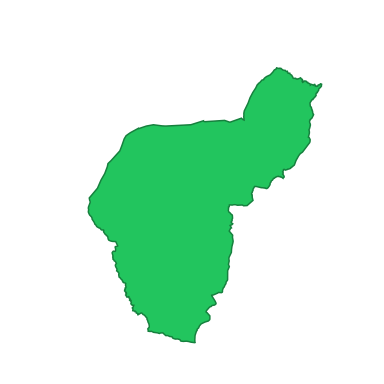 outline of Jaman North, Brong Ahafo, Ghana, rotated 19°
{"feature_id": "2480657B44306962794399", "entity_name": "Jaman North", "entity_type": "district", "adm_level": 2, "iso_a3": "GHA", "parent_name": "Ghana", "parent_adm1": "Brong Ahafo", "projection": "albers", "projection_center": [-2.617, 7.913], "detail": "fine", "context": "isolated", "style": "filled", "palette": "green", "viewbox_px": 384, "rotation_deg": 19, "n_neighbors": 0, "source": "geoboundaries", "source_scale": "gbopen_adm2", "svg_char_len": 6019}
<svg xmlns="http://www.w3.org/2000/svg" viewBox="0 0 384 384"><g transform="rotate(19 192 192)"><path d="M243.9,333.3L243.5,332.7L242.8,330.9L241.6,326.7L241.5,322.2L241.9,321.3L241.6,320.6L241.7,319.7L242.5,318.4L242.6,316.3L243.6,313.7L246.4,310.9L249.5,308.6L250.3,306.9L250.2,306.2L249.2,303.3L245.5,301.2L244.8,301.1L244.5,300.9L244.2,300.3L244.4,299.3L246.1,295.0L247.3,294.1L248.0,292.7L250.2,291.5L251.1,289.9L250.8,289.2L249.5,287.8L244.4,283.6L244.2,283.2L245.7,282.4L249.2,279.2L249.7,278.4L252.6,277.6L253.2,277.0L253.3,276.5L252.8,274.9L252.8,272.7L253.4,271.2L253.4,269.6L253.9,267.7L253.6,266.1L253.7,265.2L254.2,264.3L254.2,263.3L251.3,254.7L251.6,250.5L250.0,248.5L249.6,245.1L248.6,243.2L248.3,241.7L248.9,236.3L248.1,233.5L247.5,230.6L247.2,226.7L246.9,225.1L245.0,221.6L244.5,219.6L239.9,216.8L240.3,213.8L241.0,213.1L238.9,211.2L240.3,210.1L240.9,208.8L239.3,208.2L238.9,207.8L238.9,206.9L239.3,206.2L238.8,204.9L238.9,203.6L237.8,201.0L237.3,200.5L236.0,200.1L234.5,199.2L233.5,199.0L232.4,197.8L232.0,196.0L231.8,195.7L231.8,194.9L231.4,194.4L231.8,193.9L231.9,193.5L231.8,192.6L231.6,192.1L232.5,191.7L234.2,191.3L235.5,190.5L237.0,189.9L239.3,189.7L243.8,187.9L245.3,188.2L248.5,186.9L252.4,180.1L250.8,177.6L249.8,175.1L249.3,175.1L248.8,173.9L249.1,172.6L248.9,171.6L249.2,170.9L248.8,169.6L249.4,166.4L251.3,165.8L256.0,165.4L258.1,164.8L259.0,164.8L259.6,164.4L260.8,164.6L261.6,164.4L262.4,163.4L263.0,161.6L263.4,159.7L263.0,158.2L263.4,157.1L263.4,155.6L264.2,154.6L264.7,152.5L265.3,152.3L265.5,151.7L266.5,150.7L266.7,150.1L267.2,149.9L268.5,149.0L269.4,149.2L270.3,148.7L271.1,149.0L271.3,148.8L272.1,148.9L273.6,149.4L273.6,149.0L274.2,148.1L274.2,147.6L273.7,146.9L272.7,146.0L271.9,145.6L272.1,144.6L271.8,143.9L271.2,143.5L271.4,143.2L271.2,142.9L271.5,141.7L271.2,141.0L271.7,140.6L273.4,140.8L274.1,140.1L274.6,139.9L275.2,139.1L275.7,139.0L277.0,138.0L277.6,137.3L277.5,136.8L278.4,135.9L278.6,135.4L280.0,133.2L280.1,128.3L281.1,122.8L281.9,120.5L283.5,118.3L287.2,106.9L287.1,105.6L286.6,103.9L284.9,102.3L284.2,102.3L283.8,98.0L283.1,96.2L282.3,95.1L282.5,94.3L282.3,91.5L282.1,91.0L282.2,90.3L281.7,89.2L280.8,88.3L280.1,86.8L280.1,85.9L280.3,85.5L280.1,85.0L280.5,84.6L281.3,83.2L281.8,79.3L281.4,78.8L281.0,78.8L279.9,77.0L279.7,76.3L278.8,75.6L278.8,75.2L278.3,74.8L277.2,73.0L276.1,72.5L275.8,72.1L274.7,69.8L274.6,69.0L275.4,65.8L276.2,65.2L276.1,64.4L276.5,64.2L277.0,62.5L277.7,61.6L277.6,61.0L277.9,60.3L277.3,59.1L277.3,58.5L277.4,58.0L278.2,57.2L277.9,56.6L278.6,55.0L278.4,52.8L279.5,51.3L279.6,50.3L279.9,49.8L279.5,48.4L279.5,47.9L279.1,47.8L278.2,47.9L277.7,49.1L276.5,49.7L276.3,51.1L275.7,51.2L275.1,51.7L274.5,51.3L274.2,51.6L274.1,51.3L273.0,50.3L272.4,50.7L272.3,51.5L270.0,51.3L269.7,51.4L269.1,52.4L268.6,51.4L266.8,51.1L266.4,51.3L266.0,51.0L265.5,50.9L265.5,50.6L264.3,50.6L263.9,50.1L263.5,50.1L262.5,50.3L261.8,50.6L261.5,51.0L261.7,51.4L260.9,52.3L260.0,51.3L260.0,50.9L260.2,50.6L259.9,49.9L259.4,49.5L258.8,49.6L257.5,48.7L255.7,50.4L255.3,50.5L254.9,51.0L254.2,51.0L253.7,51.2L253.0,50.7L252.1,51.0L251.4,51.5L251.0,51.4L250.3,51.3L249.9,50.5L249.3,50.2L248.4,49.2L247.0,48.8L245.8,48.2L245.7,47.9L244.2,48.4L242.8,46.8L242.0,47.4L240.3,46.6L239.6,47.0L237.9,47.0L235.7,46.1L235.2,46.6L234.6,46.4L234.0,46.9L231.6,47.1L231.7,47.7L231.3,48.3L231.3,48.6L230.1,49.8L229.4,52.3L227.8,55.8L225.0,58.5L224.1,59.7L223.2,61.3L223.2,62.5L221.7,63.4L220.3,66.8L219.5,67.6L219.3,68.6L218.8,69.4L218.4,72.9L217.1,78.1L216.2,83.9L216.1,89.7L215.0,98.6L215.3,99.3L215.3,100.4L216.2,102.9L216.3,103.7L217.8,107.0L216.4,106.9L214.7,106.1L205.1,113.7L199.5,113.7L181.4,121.3L179.3,121.4L179.3,121.2L169.0,128.8L145.7,138.2L142.3,139.2L133.6,141.0L127.4,144.5L121.0,149.4L120.7,149.1L114.4,156.0L111.4,160.1L110.6,163.8L110.6,170.6L110.4,176.6L105.2,188.8L103.3,192.4L103.7,195.8L103.5,203.0L102.1,210.3L101.4,219.2L96.8,231.1L97.9,233.1L98.7,234.0L99.1,235.0L99.0,240.1L99.4,241.4L100.0,242.3L100.4,244.4L100.8,245.1L102.6,247.0L105.1,248.3L106.0,249.2L106.3,250.1L109.5,252.6L110.7,254.1L111.7,254.4L113.2,255.7L115.4,256.2L116.9,256.2L118.3,257.2L119.3,257.3L120.5,256.7L120.9,256.8L121.3,257.5L121.3,258.4L123.6,260.2L124.6,260.4L125.2,261.1L126.5,261.3L126.9,261.7L128.0,263.7L128.8,264.5L129.4,264.7L131.2,264.8L132.9,264.6L136.0,263.7L139.0,266.8L139.3,267.2L138.8,267.8L137.3,268.6L137.4,269.4L138.3,270.7L138.7,272.0L138.8,272.8L138.6,273.2L137.0,273.5L136.7,273.8L136.3,275.2L136.3,275.6L138.2,278.3L138.2,279.3L139.0,280.3L139.0,281.1L140.4,281.8L140.9,282.4L142.2,282.6L143.8,284.2L143.3,285.4L143.5,286.6L144.3,287.6L146.2,289.3L146.4,291.1L147.8,291.4L148.2,291.9L149.5,292.7L149.6,294.0L150.8,296.2L152.1,296.5L152.7,297.2L154.4,297.8L154.9,298.6L155.8,299.0L156.1,299.7L157.2,300.0L158.1,299.8L159.1,300.0L159.4,301.7L160.2,302.7L160.6,303.9L160.0,304.7L160.5,305.0L160.6,306.2L160.2,306.4L160.2,306.6L160.5,307.5L161.0,307.6L161.3,308.0L162.5,308.3L162.9,308.8L163.0,309.1L162.4,309.1L163.1,310.4L162.8,311.0L163.4,311.3L164.1,312.1L164.8,312.6L166.2,311.5L166.4,311.6L166.3,312.0L166.5,312.1L166.8,312.6L167.3,312.8L167.8,312.8L168.3,313.4L168.1,314.5L168.7,314.8L169.3,314.2L169.7,314.4L169.9,315.5L170.6,316.2L170.5,317.2L170.9,317.8L171.9,318.4L172.5,318.5L172.8,318.2L173.3,318.4L173.8,318.2L173.8,320.2L173.3,320.7L173.3,321.1L174.3,321.8L174.6,323.5L177.0,323.2L177.1,323.7L178.0,323.6L178.3,323.7L178.8,324.6L179.3,324.5L180.5,324.6L180.5,325.3L180.9,325.7L183.3,322.9L184.2,322.9L185.7,323.8L187.0,323.9L187.9,324.3L188.3,324.7L190.5,325.9L191.0,327.2L191.8,327.8L193.1,329.7L194.0,330.4L195.1,332.3L195.6,333.8L194.9,335.3L194.8,335.9L195.3,336.4L195.9,337.9L197.8,337.5L199.0,336.9L201.3,337.2L205.3,336.4L207.2,336.4L208.2,335.5L210.2,334.7L213.9,336.3L216.1,335.6L217.8,335.9L220.1,335.4L220.5,335.6L221.2,336.3L222.0,336.5L224.0,336.5L226.4,335.6L228.5,335.5L228.8,335.6L229.7,336.5L230.5,336.5L232.4,336.1L235.2,334.9L237.3,334.5L240.0,334.3L243.5,333.6L243.9,333.3Z" fill="#22c55e" stroke="#15803d" stroke-width="1.5"/></g></svg>